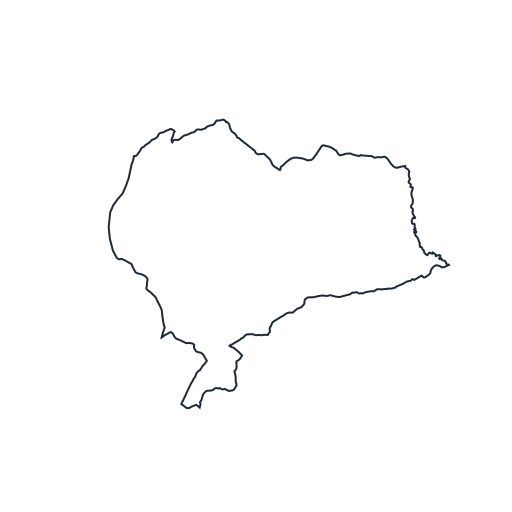 the district of Mandera North, North-Eastern, Kenya, rotated 38°
{"feature_id": "3690345B80624826839047", "entity_name": "Mandera North", "entity_type": "district", "adm_level": 2, "iso_a3": "KEN", "parent_name": "Kenya", "parent_adm1": "North-Eastern", "projection": "orthographic", "projection_center": [40.826, 3.604], "detail": "fine", "context": "isolated", "style": "outline", "palette": "slate", "viewbox_px": 512, "rotation_deg": 38, "n_neighbors": 0, "source": "geoboundaries", "source_scale": "gbopen_adm2", "svg_char_len": 6130}
<svg xmlns="http://www.w3.org/2000/svg" viewBox="0 0 512 512"><g transform="rotate(38 256 256)"><path d="M105.0,217.6L104.3,219.4L104.8,221.8L104.8,224.1L103.4,227.2L102.3,229.2L102.2,232.0L100.6,236.7L100.4,239.0L99.5,240.6L99.4,242.1L100.0,245.1L99.9,247.2L100.1,249.3L99.9,250.6L99.1,251.8L98.5,252.1L98.4,253.1L99.5,254.3L100.0,255.8L100.7,257.4L101.9,261.3L102.4,262.1L107.8,273.2L110.2,280.4L112.4,288.9L112.0,296.7L112.3,303.9L114.2,311.3L122.1,323.9L130.1,332.3L139.9,339.8L147.4,343.2L150.1,343.0L151.8,341.1L152.9,340.7L155.3,340.2L162.8,339.0L163.6,339.3L165.5,340.5L171.0,343.0L173.1,342.7L177.0,340.9L179.1,340.4L180.9,340.2L182.7,340.2L184.6,340.8L185.7,342.4L186.4,343.9L187.1,345.1L187.9,345.8L189.6,349.2L191.4,349.7L194.8,349.5L202.0,350.2L205.0,351.7L212.7,355.3L215.3,356.9L219.3,361.1L222.9,364.5L226.7,367.8L227.8,368.2L228.3,369.1L230.0,374.0L231.8,378.3L232.3,377.2L232.4,375.9L235.0,369.6L235.6,368.5L236.9,368.3L238.2,368.3L241.7,370.0L244.2,370.2L248.4,369.0L254.0,367.8L255.4,367.0L258.2,364.8L260.2,364.0L261.1,363.9L262.1,364.1L262.9,365.6L264.0,366.7L266.7,367.8L268.1,367.9L270.7,366.9L272.0,366.2L273.3,366.1L275.1,366.2L281.8,368.9L281.9,373.2L281.6,375.5L281.9,377.6L282.1,380.4L281.3,383.0L281.3,385.1L282.3,388.4L282.6,391.8L283.1,393.8L283.1,395.5L285.5,406.6L286.2,408.9L288.1,417.9L288.3,418.7L291.6,418.5L294.9,418.5L297.0,417.0L297.9,414.6L299.2,412.2L300.6,410.0L304.9,410.1L303.4,406.9L301.9,405.7L301.7,403.2L299.6,397.9L299.5,396.3L299.8,393.3L300.8,391.9L302.7,390.4L304.5,388.4L305.0,386.0L305.4,385.1L306.3,384.3L307.7,383.7L308.2,383.2L308.6,382.5L310.8,382.1L312.2,381.4L313.5,379.9L316.8,379.3L317.8,379.0L320.4,376.2L320.9,374.8L320.4,370.2L319.3,368.8L317.6,367.7L314.0,363.4L309.9,360.0L310.2,358.7L309.9,357.1L309.4,355.9L307.3,353.3L306.3,352.4L306.0,351.5L305.5,350.8L306.2,349.3L306.6,347.5L306.6,345.0L306.3,343.0L305.3,342.7L303.2,342.7L302.5,342.3L296.4,342.1L295.0,342.1L292.0,343.0L290.4,343.1L290.3,342.8L291.0,341.6L291.7,340.0L295.0,331.6L295.2,329.9L296.0,328.7L296.0,328.0L296.2,327.4L296.5,324.7L297.3,323.2L301.4,319.7L304.3,318.7L307.3,316.1L308.9,315.3L310.7,313.3L314.0,310.8L314.0,310.5L313.6,309.3L313.7,307.3L311.4,304.6L311.0,303.9L310.9,302.2L309.9,298.6L310.0,297.3L313.3,288.3L314.3,286.1L314.8,284.2L315.3,282.7L315.9,281.6L316.9,280.2L319.8,278.0L320.3,275.2L321.1,272.1L321.6,271.0L323.3,268.5L323.5,265.8L323.5,264.2L323.2,263.4L321.6,261.1L321.3,260.0L322.0,257.6L322.5,256.7L323.3,255.9L326.1,253.6L327.2,252.5L329.5,249.6L331.8,247.1L333.5,245.6L336.5,243.9L338.3,241.6L339.0,241.0L344.2,238.8L347.5,236.6L348.8,234.6L353.4,228.7L354.6,225.5L356.9,223.5L357.4,222.6L358.2,222.4L359.2,222.4L360.7,221.7L361.6,220.7L362.9,220.1L364.3,217.6L365.8,215.6L366.6,214.9L368.6,212.6L370.5,211.4L370.9,210.5L371.7,207.9L374.2,205.8L375.9,204.8L376.9,203.6L379.6,201.2L380.5,200.0L382.0,199.0L383.2,197.9L384.5,195.9L385.5,194.8L385.5,193.6L389.0,187.3L390.4,183.6L393.0,180.4L393.7,177.8L395.5,177.3L398.5,169.6L399.0,169.3L399.7,169.6L401.3,169.7L402.5,168.6L403.2,166.0L403.6,165.1L403.9,162.9L403.9,162.1L403.1,160.7L402.6,159.4L402.4,157.4L402.5,155.0L403.3,153.0L404.3,151.9L405.7,151.3L406.9,150.8L409.6,150.5L411.2,148.7L413.6,144.2L413.1,144.1L412.8,144.4L412.6,145.0L412.2,145.3L407.9,143.5L405.5,144.6L404.8,144.5L404.0,143.9L403.6,143.9L403.3,144.0L403.0,145.2L402.4,145.4L401.8,145.1L401.7,144.6L401.5,142.8L401.2,142.3L400.7,142.2L400.1,142.3L398.3,144.2L398.0,145.3L397.6,145.3L397.0,144.3L393.9,144.3L393.1,144.4L393.1,145.0L393.4,145.2L393.4,145.8L390.9,146.3L390.5,146.6L390.5,149.9L390.3,150.1L387.2,150.0L386.7,149.9L385.1,148.5L384.6,148.3L383.0,148.2L381.8,147.3L380.5,147.2L380.1,147.3L379.9,147.7L379.5,147.8L378.9,147.0L377.8,146.3L377.4,145.1L375.7,144.4L373.7,143.0L371.0,141.8L369.0,141.7L367.8,140.4L366.4,140.2L366.1,140.0L365.8,139.5L365.8,139.1L367.6,138.9L367.7,138.7L367.6,138.4L366.6,137.9L364.6,137.9L364.2,137.8L364.1,137.5L364.3,137.1L364.7,136.8L364.9,136.4L363.2,135.5L361.6,133.4L360.7,133.3L359.6,134.2L359.0,134.2L357.7,133.2L356.9,132.2L356.3,129.6L356.5,129.2L357.9,128.3L357.8,127.8L357.2,127.5L355.6,127.1L353.1,125.8L352.0,124.8L351.8,123.6L350.7,122.5L348.3,122.2L347.4,121.4L347.3,119.5L346.9,117.9L346.1,116.5L344.7,114.9L343.4,113.9L341.8,112.9L340.8,112.1L339.4,110.2L337.8,105.8L336.8,105.6L335.6,106.4L335.0,106.4L334.1,104.4L333.0,104.1L331.2,104.1L330.7,103.7L330.2,102.9L330.1,100.9L329.4,100.1L328.5,99.8L327.5,99.0L325.9,97.4L324.8,95.1L322.7,94.2L319.6,94.5L318.4,94.1L318.1,93.3L315.6,95.9L313.9,98.3L312.5,99.9L311.3,100.5L309.1,100.8L305.1,100.1L300.2,98.5L298.0,98.3L296.8,98.5L295.8,99.0L294.3,100.8L292.6,102.1L291.0,103.2L289.7,104.8L289.0,105.4L287.6,105.9L286.3,105.9L285.3,106.3L283.6,107.6L281.6,108.8L278.1,111.2L276.9,111.6L276.3,112.2L276.3,112.7L276.0,113.5L275.6,113.7L274.6,114.3L270.7,116.1L267.4,117.1L264.6,119.3L260.6,124.6L259.5,125.2L258.5,125.1L254.4,123.7L249.2,124.1L245.5,125.1L244.1,125.9L241.6,126.9L241.0,127.3L240.1,128.5L240.9,139.0L241.0,143.2L240.9,144.8L240.4,146.2L239.4,147.4L237.7,148.9L233.9,150.0L232.3,150.7L228.0,153.1L225.6,154.9L224.2,156.7L223.2,158.8L222.0,163.5L221.5,167.8L220.8,170.1L221.0,171.2L221.9,172.4L221.9,173.6L216.2,174.1L213.2,174.1L208.6,171.8L207.3,171.3L199.6,170.5L198.6,171.1L195.4,174.4L194.3,174.8L193.1,175.0L192.0,174.8L190.4,173.9L178.5,173.8L177.1,173.9L169.9,173.7L167.8,174.2L166.6,173.2L164.7,172.7L163.9,172.6L161.0,172.8L160.0,172.6L158.8,172.2L157.7,171.5L156.7,171.2L154.6,169.3L152.8,168.4L150.7,168.3L150.2,168.8L149.8,168.9L149.3,168.6L148.5,168.4L146.3,168.6L143.9,171.6L141.5,173.6L141.8,177.6L141.3,179.3L139.7,181.1L138.6,182.8L137.6,184.6L137.5,186.7L136.2,188.3L135.6,189.5L134.9,190.4L132.3,192.0L131.8,192.6L131.3,193.7L131.2,196.0L131.1,196.3L129.7,198.0L128.8,199.5L127.8,201.7L125.0,205.7L124.4,208.6L123.6,211.9L122.6,213.0L120.6,214.3L119.8,215.3L119.8,216.5L120.2,217.9L119.8,218.0L117.9,216.6L116.5,212.0L115.4,209.6L115.2,207.9L114.2,207.7L110.8,208.2L110.4,208.6L110.0,209.0L109.6,210.2L107.8,213.1L107.1,215.0L105.8,216.9L105.0,217.6Z" fill="none" stroke="#1e293b" stroke-width="2"/></g></svg>